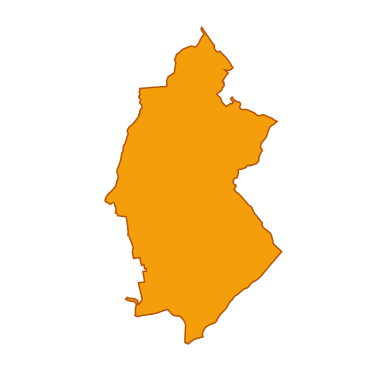 the district of Catunele, Mehedinti, Romania, rotated 41°
{"feature_id": "2599482B53322933719204", "entity_name": "Catunele", "entity_type": "district", "adm_level": 2, "iso_a3": "ROU", "parent_name": "Romania", "parent_adm1": "Mehedinti", "projection": "albers", "projection_center": [22.933, 44.84], "detail": "fine", "context": "isolated", "style": "filled", "palette": "amber", "viewbox_px": 384, "rotation_deg": 41, "n_neighbors": 0, "source": "geoboundaries", "source_scale": "gbopen_adm2", "svg_char_len": 5974}
<svg xmlns="http://www.w3.org/2000/svg" viewBox="0 0 384 384"><g transform="rotate(41 192 192)"><path d="M212.3,316.5L215.3,315.6L217.5,314.5L219.8,312.9L220.6,312.6L222.1,312.5L222.9,312.8L224.0,313.8L226.4,317.9L227.9,319.6L229.4,320.9L229.9,322.6L232.2,322.0L233.0,321.5L233.3,320.6L233.9,320.1L234.3,319.2L237.0,316.0L240.3,312.3L243.6,308.3L245.0,306.2L249.0,299.0L250.4,297.0L250.9,296.7L251.6,296.7L257.0,297.4L258.3,297.3L259.8,296.8L262.4,295.3L263.1,294.5L263.4,293.6L269.4,294.2L272.8,295.4L274.6,296.8L280.9,304.8L282.7,307.1L284.3,308.7L284.6,309.4L285.1,310.0L286.1,310.2L286.9,309.1L287.7,309.7L288.2,309.7L288.5,309.3L289.1,308.2L289.1,306.2L289.9,303.8L290.1,302.2L291.0,300.9L291.8,299.1L292.4,298.7L293.1,297.4L295.3,294.2L293.4,292.7L292.7,291.9L291.8,290.0L291.0,285.8L291.3,284.0L292.6,280.1L294.9,276.1L295.1,275.6L295.2,274.2L295.1,273.1L294.3,270.8L294.0,266.8L293.7,265.8L294.1,261.0L294.0,257.8L294.1,256.2L293.3,253.7L292.8,250.6L292.7,248.6L293.0,247.8L293.0,247.0L293.0,246.2L292.6,245.0L292.6,244.1L292.8,241.6L293.4,240.3L293.8,238.6L294.2,234.6L295.1,230.7L296.0,229.2L296.6,228.3L296.9,225.9L296.6,224.3L296.6,222.6L296.7,220.9L297.1,219.4L298.0,217.6L298.9,214.2L299.3,209.5L298.9,194.6L298.8,178.1L287.1,177.7L285.1,175.8L284.4,175.4L281.1,173.1L279.0,172.0L277.5,171.7L274.8,171.6L272.9,171.9L269.9,172.0L269.0,171.9L266.4,171.1L265.8,169.8L265.1,169.1L262.2,168.9L260.9,168.5L260.6,168.3L260.5,168.1L259.1,168.2L256.2,167.5L253.7,167.4L251.7,166.6L247.5,164.5L245.8,164.3L243.1,164.9L242.0,164.4L230.4,162.8L224.3,163.0L224.0,162.6L222.8,163.1L222.4,162.9L221.6,162.1L221.7,161.8L222.1,161.2L221.4,159.9L221.5,158.7L220.7,158.6L220.5,158.1L220.2,158.0L219.0,158.6L218.6,158.6L217.4,158.1L216.6,157.6L216.4,156.8L216.0,156.6L215.7,156.0L215.2,155.8L215.4,154.7L215.1,154.0L215.2,153.5L216.4,152.2L216.6,151.9L216.7,151.6L216.2,150.9L214.6,147.3L213.8,146.6L213.5,146.0L212.7,145.7L212.5,145.4L212.8,144.6L213.0,143.8L214.6,142.2L215.2,140.6L215.9,139.7L216.5,138.4L216.7,137.5L216.4,137.3L216.4,136.9L216.4,135.6L216.5,135.3L217.1,134.5L217.8,134.9L219.3,133.0L219.9,132.2L220.5,130.6L221.9,128.6L222.2,127.5L221.9,126.4L221.9,124.5L221.6,124.1L220.4,123.2L220.3,122.2L219.5,121.6L219.2,120.1L218.6,119.0L218.1,116.2L217.9,114.5L217.6,114.3L215.5,113.7L214.4,113.0L213.2,111.6L212.4,109.7L212.1,107.0L212.3,105.0L212.1,102.9L211.5,100.3L210.1,97.2L209.5,96.1L209.1,94.4L208.1,91.9L208.4,89.8L209.2,87.8L209.6,86.2L209.7,83.4L209.9,82.8L207.6,83.6L203.8,83.9L199.8,85.4L195.3,86.7L194.7,87.4L192.9,90.1L191.3,91.3L187.0,91.4L181.7,93.0L178.5,94.2L176.6,96.3L174.0,97.4L173.2,97.4L172.5,97.1L172.0,96.2L171.6,94.8L171.0,93.7L170.1,93.3L169.3,93.1L168.7,93.1L167.7,93.6L167.1,94.4L165.8,94.4L164.1,94.7L162.2,94.8L160.3,93.8L160.0,94.1L159.9,95.1L159.8,96.1L160.1,96.5L162.3,96.9L164.5,97.0L164.6,97.4L164.5,97.8L163.7,99.6L162.8,99.9L162.8,101.3L162.6,102.2L162.3,103.0L161.9,103.5L161.7,104.3L161.9,104.7L161.8,105.0L161.6,105.2L160.7,105.2L157.8,104.7L156.2,104.7L155.6,104.5L153.6,103.2L152.0,102.5L150.4,102.2L146.2,102.0L146.9,99.7L147.1,97.9L147.3,97.9L147.6,96.8L147.5,95.8L146.6,92.8L146.6,91.1L145.8,89.6L144.5,89.7L144.1,88.1L142.2,88.4L141.2,80.3L141.3,78.5L136.6,78.3L138.5,77.3L139.7,76.4L140.6,75.0L141.1,73.6L141.4,71.3L139.6,71.0L137.3,70.0L131.5,68.6L127.8,68.0L126.0,68.0L120.6,67.5L119.4,69.7L118.4,69.9L116.3,69.5L114.7,69.1L114.2,68.3L113.2,67.7L113.0,66.8L112.0,66.4L110.5,66.4L91.4,61.4L91.5,62.5L93.4,63.8L97.8,65.2L97.7,68.6L98.1,70.1L98.1,70.9L98.3,71.7L98.7,72.4L99.1,74.4L99.7,75.6L99.6,77.1L99.7,79.4L99.5,80.3L99.3,80.7L97.2,81.4L95.9,82.1L94.4,84.3L92.8,87.5L91.3,90.7L91.1,92.2L91.0,94.2L90.3,97.6L90.1,98.7L90.2,98.9L91.1,100.2L91.5,102.3L92.0,103.3L92.6,103.8L94.4,104.7L95.3,105.7L96.5,107.3L97.3,109.1L99.3,111.9L100.5,113.8L100.5,114.0L99.8,115.2L99.4,117.7L98.4,120.2L98.3,120.6L98.8,121.4L99.6,123.9L101.4,126.4L103.0,127.8L103.5,128.4L103.2,128.8L103.2,129.3L102.5,130.3L100.5,132.2L99.0,133.3L98.5,134.1L96.6,136.1L93.1,139.3L90.1,142.7L84.7,148.0L85.1,148.2L85.6,148.7L85.7,149.9L86.7,151.3L88.9,152.3L89.1,153.2L89.1,154.6L89.5,155.2L90.4,155.6L91.9,155.7L92.7,156.2L93.2,157.0L93.7,158.6L94.1,159.1L95.3,159.4L97.1,159.1L99.1,161.3L99.2,161.6L98.8,163.2L98.9,163.5L99.7,164.6L99.4,165.0L101.1,166.8L100.8,167.3L100.8,167.7L100.8,168.2L101.0,168.7L101.5,168.9L102.3,169.5L102.2,170.0L102.6,175.5L102.8,176.0L102.5,178.0L102.6,179.0L102.8,180.3L102.2,182.3L102.0,184.7L102.8,188.1L103.2,188.6L105.5,189.7L107.3,194.1L108.3,195.8L109.5,198.8L109.8,199.9L109.9,201.3L110.8,203.6L111.8,204.7L112.7,205.3L113.6,208.3L114.1,209.7L114.7,210.8L115.3,211.5L117.3,214.8L120.2,222.0L120.2,222.9L120.6,223.6L122.1,226.1L122.9,226.7L124.7,227.5L125.8,228.3L126.8,229.5L127.7,231.3L128.0,233.0L129.3,234.9L130.1,236.9L130.5,238.2L130.7,239.9L130.5,245.3L130.1,248.2L130.3,251.2L130.4,251.8L131.4,254.3L131.6,255.1L132.7,255.9L133.7,255.9L135.1,255.5L137.8,255.1L138.6,254.6L138.9,253.9L138.9,252.5L139.3,251.8L139.8,251.5L140.8,251.5L141.5,251.9L143.2,253.3L143.8,253.2L144.9,253.6L146.5,255.6L148.0,258.1L148.9,257.5L150.0,257.6L150.5,257.8L151.3,258.7L158.7,253.9L162.9,257.6L164.7,258.9L165.2,259.7L166.6,260.6L167.8,262.1L169.6,263.5L170.7,264.7L170.9,265.1L171.0,265.6L171.7,266.5L172.0,266.6L171.9,266.1L172.1,266.1L173.6,266.5L174.5,267.3L175.6,267.8L180.9,270.6L183.5,272.3L184.3,272.5L184.5,272.8L184.6,273.6L187.0,277.2L188.7,278.1L190.2,279.5L191.5,280.4L192.1,280.0L193.3,278.2L194.5,277.1L195.7,275.7L197.5,277.2L202.2,280.6L203.2,278.2L206.5,281.1L207.6,279.8L209.5,281.6L207.1,284.2L215.4,291.1L211.9,294.6L211.1,295.6L213.7,297.7L216.3,299.3L219.4,302.0L220.0,301.8L220.9,302.4L222.2,304.0L223.4,304.8L223.9,304.9L224.3,305.4L224.9,306.2L225.3,307.4L225.3,308.3L225.2,308.9L225.3,309.5L225.3,310.1L225.7,312.0L225.2,312.3L224.6,312.0L223.1,310.1L222.5,309.7L219.1,310.0L214.2,313.3L213.0,313.9L212.2,314.1L212.3,314.3L212.3,316.5Z" fill="#f59e0b" stroke="#b45309" stroke-width="1.5"/></g></svg>